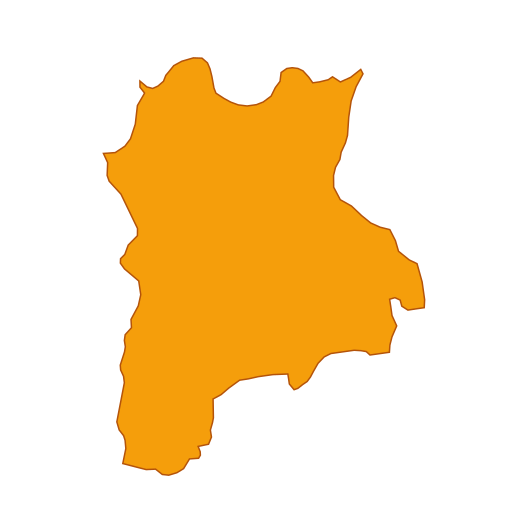 Gugark, Lori, Armenia, rotated 82°
{"feature_id": "60910142B58118729111038", "entity_name": "Gugark", "entity_type": "district", "adm_level": 2, "iso_a3": "ARM", "parent_name": "Armenia", "parent_adm1": "Lori", "projection": "mercator", "projection_center": [44.544, 40.817], "detail": "fine", "context": "isolated", "style": "filled", "palette": "amber", "viewbox_px": 512, "rotation_deg": 82, "n_neighbors": 0, "source": "geoboundaries", "source_scale": "gbopen_adm2", "svg_char_len": 2149}
<svg xmlns="http://www.w3.org/2000/svg" viewBox="0 0 512 512"><g transform="rotate(82 256 256)"><path d="M66.6,346.6L72.7,347.4L79.1,343.7L80.3,344.5L90.5,352.5L108.7,357.2L122.5,364.0L129.0,370.5L134.0,381.0L133.5,388.9L133.2,392.8L142.9,389.9L155.5,392.2L161.5,391.0L176.0,381.1L212.2,369.5L219.4,370.6L227.4,381.0L236.2,385.7L239.8,390.5L244.2,391.3L250.5,388.0L264.4,375.6L278.3,375.5L289.0,379.5L301.4,388.6L309.7,389.3L315.7,396.5L321.3,398.1L327.7,398.0L332.8,399.6L345.2,405.6L350.0,405.9L356.7,403.9L363.2,404.0L400.9,416.9L409.2,415.7L415.5,412.1L420.3,411.3L428.6,411.7L443.0,416.8L448.8,402.8L452.2,394.5L453.1,385.1L459.3,379.2L460.9,372.9L459.6,364.5L456.5,357.3L447.7,350.1L448.3,341.0L445.5,338.8L442.1,338.5L436.5,339.8L435.8,329.2L429.1,325.3L422.0,325.4L415.0,322.3L410.3,320.7L394.9,318.8L391.6,318.4L388.4,309.8L382.9,301.2L376.7,289.5L376.6,280.8L375.8,270.7L375.8,262.8L375.8,255.8L377.3,240.9L382.0,240.8L387.4,240.8L393.7,236.9L392.9,233.0L389.7,227.5L387.4,222.8L383.4,218.9L378.0,215.0L370.9,209.5L365.4,202.5L363.0,195.4L363.0,190.7L363.0,182.1L363.0,171.9L364.4,165.0L364.5,164.8L364.8,163.8L366.0,160.1L369.9,156.9L369.9,151.4L369.9,144.4L369.9,137.3L362.8,135.8L355.0,132.6L344.8,126.4L333.9,129.6L324.5,129.6L317.4,129.7L316.6,124.2L319.7,119.4L326.0,118.6L330.7,113.1L330.6,103.7L330.6,96.6L322.8,95.1L317.3,95.1L304.8,95.1L286.0,97.6L281.3,104.7L271.2,114.2L260.2,115.8L248.5,119.8L244.7,129.2L239.2,137.9L230.7,145.8L219.8,154.5L212.0,164.7L198.7,169.5L187.0,168.0L179.2,164.9L172.1,159.5L165.0,157.2L156.4,151.7L149.3,148.6L131.3,144.8L115.7,140.2L102.3,133.3L90.5,124.7L85.8,126.3L92.2,137.3L95.4,148.2L89.2,155.3L91.5,160.0L92.4,168.7L92.4,175.7L86.2,178.9L84.0,180.4L79.2,183.7L76.1,188.4L74.6,193.9L74.6,199.4L77.8,205.6L86.4,207.9L91.9,213.4L99.8,218.8L104.5,227.4L106.2,234.5L106.2,243.9L103.9,252.5L100.1,259.6L95.4,265.9L94.5,266.9L89.2,273.0L83.6,274.3L82.4,274.3L72.1,274.7L64.3,275.5L58.0,277.2L52.6,281.9L51.1,290.5L52.3,298.8L52.8,302.3L56.0,310.9L61.7,317.0L64.1,319.7L64.6,320.2L70.1,323.3L74.1,329.5L75.7,335.0L73.4,340.5L66.6,346.6Z" fill="#f59e0b" stroke="#b45309" stroke-width="1.5"/></g></svg>